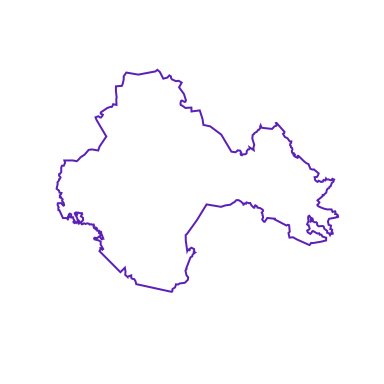 Andrupenes pag., Dagdas, Latvia, rotated 224°
{"feature_id": "27541924B25782397713734", "entity_name": "Andrupenes pag.", "entity_type": "district", "adm_level": 2, "iso_a3": "LVA", "parent_name": "Latvia", "parent_adm1": "Dagdas", "projection": "mercator", "projection_center": [27.362, 56.147], "detail": "fine", "context": "isolated", "style": "outline", "palette": "violet", "viewbox_px": 384, "rotation_deg": 224, "n_neighbors": 0, "source": "geoboundaries", "source_scale": "gbopen_adm2", "svg_char_len": 5925}
<svg xmlns="http://www.w3.org/2000/svg" viewBox="0 0 384 384"><g transform="rotate(224 192 192)"><path d="M179.2,86.1L179.4,86.4L177.8,89.8L176.1,88.1L174.9,88.0L173.0,89.2L170.5,88.5L168.1,87.0L137.5,105.9L137.1,106.7L138.6,108.6L137.9,111.6L139.4,114.5L137.8,115.7L137.3,117.7L134.1,121.7L134.0,126.0L135.5,128.0L138.0,128.2L142.1,130.9L142.5,133.0L143.1,133.1L147.7,144.0L147.1,145.8L148.1,147.4L147.7,150.7L149.2,150.1L149.8,151.5L150.8,152.4L153.7,151.5L154.3,149.1L153.4,148.7L153.6,148.0L154.9,147.4L154.5,146.3L162.7,152.7L166.6,156.6L166.5,158.4L168.9,175.1L172.9,193.2L160.8,201.5L158.6,205.7L155.6,209.4L155.0,212.7L154.4,214.3L154.5,216.8L153.9,217.5L152.8,218.5L149.9,219.2L147.0,219.1L146.2,218.6L146.0,218.9L146.5,220.0L145.2,221.0L145.6,221.3L145.6,222.3L143.3,223.5L142.5,224.5L139.7,223.6L136.5,223.7L136.2,224.0L137.3,226.2L137.1,226.5L135.0,226.8L134.1,226.2L132.0,227.7L128.8,228.4L127.7,227.8L127.5,225.5L126.0,225.2L125.2,224.2L124.3,224.0L123.0,222.9L122.8,221.8L122.3,220.9L119.6,220.6L119.0,221.1L119.8,225.6L113.9,230.3L113.6,229.7L100.8,233.5L100.2,235.1L99.1,235.6L94.1,231.3L94.1,229.5L90.2,226.9L87.9,229.6L83.7,230.7L70.7,235.4L70.5,236.4L71.0,237.7L70.9,238.2L69.6,239.2L64.7,245.8L61.9,250.3L63.7,252.3L67.4,250.5L69.1,251.2L70.1,250.7L70.5,250.0L71.9,250.6L73.0,249.2L77.9,248.0L78.2,247.2L77.8,246.0L77.7,244.1L80.7,243.4L82.4,244.3L81.7,246.4L81.9,247.4L85.0,249.1L85.6,248.6L86.8,248.7L87.9,251.9L90.7,254.2L91.4,255.5L91.1,256.4L88.4,255.8L86.1,253.1L85.9,253.8L87.5,255.5L87.7,256.4L86.8,256.6L84.4,254.9L82.6,255.5L81.6,256.6L80.4,256.5L79.2,255.3L77.2,255.2L74.5,258.2L73.4,258.7L71.3,257.5L67.7,257.9L66.5,256.6L64.7,257.5L62.8,256.9L63.1,257.7L61.8,259.8L62.7,260.4L63.6,259.7L64.7,262.1L65.9,262.1L66.7,261.4L68.7,264.4L70.9,263.3L73.8,265.3L74.8,267.9L70.7,273.7L70.7,274.9L69.7,275.1L69.6,275.6L71.0,276.6L72.7,276.5L73.7,275.6L74.9,277.3L75.8,277.5L77.0,275.3L79.6,276.4L82.9,273.2L86.1,271.4L89.9,269.9L91.9,269.4L92.8,269.7L92.9,272.0L93.2,273.1L95.9,273.1L96.0,273.9L95.6,275.7L95.2,279.7L95.9,280.6L95.0,281.2L95.2,282.6L95.0,284.8L96.6,287.4L96.6,289.1L96.2,289.7L96.3,290.7L96.7,291.2L96.3,292.6L97.7,295.5L97.4,297.7L98.0,298.2L98.4,299.6L100.2,299.0L99.8,297.7L100.3,296.8L102.4,296.0L103.8,294.5L105.0,294.8L104.2,292.8L105.7,292.0L105.1,290.2L105.9,289.6L106.1,288.9L108.7,288.1L108.6,286.7L108.8,286.4L111.1,286.1L111.8,286.2L114.1,287.8L112.6,289.7L112.9,291.3L113.8,293.4L120.1,292.9L120.9,291.8L122.9,290.9L127.6,293.0L129.8,292.2L132.8,291.9L140.7,291.9L141.0,291.6L141.0,291.0L139.8,290.3L139.8,289.9L142.9,288.9L143.3,288.9L143.9,290.4L144.2,290.4L144.1,289.6L144.8,289.2L145.7,289.7L145.4,290.4L145.6,290.6L147.2,289.8L148.6,290.7L149.3,292.4L150.2,293.0L151.0,293.2L151.9,292.9L152.9,293.8L154.1,293.9L154.8,295.2L154.8,296.2L155.7,297.4L156.9,296.3L160.7,297.0L163.4,296.1L166.9,297.0L166.9,297.9L166.6,298.5L167.3,299.5L179.2,300.4L179.5,299.9L177.6,299.0L177.3,298.3L178.3,296.4L178.2,293.0L186.1,286.9L187.6,286.9L188.9,287.6L188.5,286.5L187.3,285.4L187.1,283.3L187.6,282.6L187.2,280.4L188.0,277.8L187.7,276.9L188.0,275.2L185.8,272.4L179.9,269.1L178.5,266.4L176.7,265.0L181.6,264.1L180.6,263.5L180.6,262.3L181.3,261.5L181.1,260.2L181.0,259.4L179.7,257.9L179.6,257.1L180.1,255.9L181.7,254.3L181.6,253.1L182.4,252.7L183.7,253.3L183.8,254.4L186.0,255.2L188.1,253.7L188.0,252.8L188.4,250.7L191.7,248.4L210.8,253.6L224.4,251.9L230.4,248.2L235.1,251.8L243.1,256.1L248.3,249.6L251.1,252.3L255.1,247.9L259.2,247.3L260.5,246.7L261.6,247.5L263.1,249.6L262.9,250.7L259.7,251.8L259.5,252.4L260.0,253.7L265.9,256.9L274.0,258.3L275.4,263.5L278.9,262.7L280.5,260.6L284.7,259.1L286.2,259.4L287.5,260.5L289.3,260.1L289.2,257.2L291.4,253.6L298.5,256.0L301.8,255.8L302.1,253.3L312.2,239.1L322.2,232.3L321.5,227.8L319.3,225.5L317.1,221.9L316.2,219.6L320.1,215.2L317.0,211.9L311.6,207.4L311.1,206.3L306.8,202.2L309.7,200.4L309.1,199.1L308.8,197.4L309.8,196.6L311.3,193.6L312.9,185.9L312.0,184.9L309.9,185.7L309.4,184.8L309.2,182.5L309.8,181.8L312.0,181.4L313.3,178.7L311.0,177.6L292.2,172.4L290.1,160.5L288.3,156.7L293.6,153.1L295.6,150.5L295.2,144.3L296.3,139.5L296.1,136.7L296.3,134.1L299.9,131.7L305.7,126.0L303.7,124.9L303.4,124.4L302.5,121.9L303.8,120.5L303.0,118.7L299.9,115.5L299.6,113.1L300.0,112.6L299.0,111.4L296.7,111.2L296.2,109.8L296.5,109.0L295.7,107.8L295.5,105.5L294.2,104.5L291.7,100.3L288.6,100.6L286.9,99.5L285.2,100.6L284.7,99.3L284.7,97.7L283.9,97.3L283.5,96.4L283.0,96.4L282.5,97.2L281.8,96.8L280.0,96.9L279.4,95.4L277.1,95.1L275.0,93.9L274.8,93.6L275.1,92.8L278.4,93.1L280.7,90.7L279.8,89.4L277.2,88.3L277.1,87.6L275.5,86.2L274.9,86.8L266.7,83.6L264.0,86.2L262.3,86.1L262.4,86.7L263.9,87.9L264.2,88.3L264.1,89.1L265.0,90.3L264.7,91.1L264.8,91.6L264.2,91.9L263.2,91.9L262.1,90.7L262.0,90.4L262.7,89.8L262.4,89.2L261.2,89.6L260.8,90.6L260.0,91.2L258.8,90.3L255.8,89.5L256.6,88.3L256.0,87.8L255.0,88.1L255.3,88.9L255.0,89.3L253.9,89.3L254.0,90.4L253.7,90.9L251.6,90.4L251.3,90.8L251.3,91.8L252.4,92.7L254.4,92.8L255.0,92.4L256.5,93.5L258.7,94.2L258.6,95.0L259.1,96.2L260.4,95.6L260.6,94.8L261.6,95.3L261.3,96.7L260.2,96.6L259.5,97.4L259.7,98.1L257.8,99.0L256.6,100.3L255.5,99.8L255.4,98.3L255.0,97.3L252.5,97.7L250.9,96.3L250.6,93.1L249.0,92.2L248.4,92.8L247.9,94.5L246.3,95.1L245.6,96.7L244.1,97.6L243.1,97.4L242.2,98.8L241.1,99.1L240.1,100.3L238.9,99.6L238.7,98.6L237.4,98.1L236.0,98.3L236.5,99.6L236.1,99.8L235.0,99.7L234.8,98.6L234.5,98.4L233.9,98.7L233.2,98.4L233.0,99.0L231.9,99.6L230.6,98.0L230.1,98.6L229.9,100.1L229.5,100.1L228.5,99.1L228.8,98.2L228.3,97.4L227.8,97.4L227.9,98.4L227.4,98.7L223.3,96.8L223.7,96.3L223.7,95.7L224.4,95.2L227.3,95.9L228.1,95.0L227.9,94.4L228.3,92.9L230.2,91.6L230.2,90.6L229.2,90.2L226.0,92.1L223.3,93.0L221.2,90.7L216.3,89.3L216.4,88.2L217.5,88.4L217.9,87.8L218.4,88.4L218.9,88.0L218.1,87.3L217.5,85.2L187.8,84.6L187.7,90.9L184.6,88.6L182.5,86.0L179.2,86.1Z" fill="none" stroke="#5b21b6" stroke-width="2"/></g></svg>